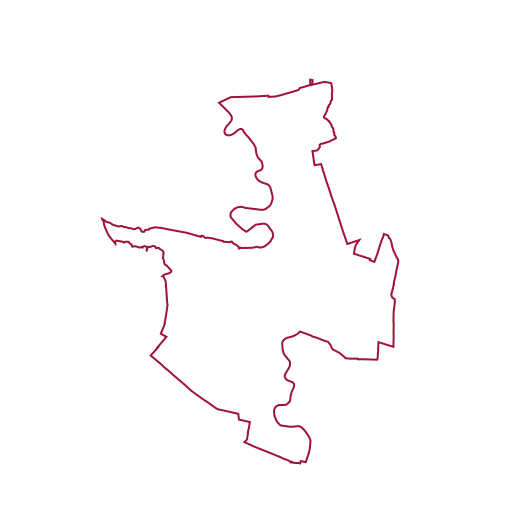 outline of Lespezi, Iasi, Romania, rotated 17°
{"feature_id": "2599482B74644698541677", "entity_name": "Lespezi", "entity_type": "district", "adm_level": 2, "iso_a3": "ROU", "parent_name": "Romania", "parent_adm1": "Iasi", "projection": "orthographic", "projection_center": [26.683, 47.358], "detail": "fine", "context": "isolated", "style": "outline", "palette": "rose", "viewbox_px": 512, "rotation_deg": 17, "n_neighbors": 0, "source": "geoboundaries", "source_scale": "gbopen_adm2", "svg_char_len": 6111}
<svg xmlns="http://www.w3.org/2000/svg" viewBox="0 0 512 512"><g transform="rotate(17 256 256)"><path d="M383.8,207.6L381.5,203.4L379.3,200.5L378.9,200.1L378.1,200.0L377.3,199.3L376.4,197.7L371.9,197.6L371.8,199.0L372.1,200.2L371.7,202.7L371.5,206.2L371.4,210.6L371.4,218.5L370.9,227.0L366.1,226.7L366.1,225.4L348.9,225.2L348.2,218.4L348.2,216.9L348.3,216.2L350.1,210.6L339.8,217.8L330.4,204.8L315.9,183.8L312.3,179.2L306.1,170.3L301.4,163.9L291.4,149.1L285.5,152.0L283.9,148.9L279.3,139.1L282.2,137.9L283.8,136.9L284.4,135.7L285.2,133.0L284.4,131.4L284.6,130.7L285.4,129.7L287.7,128.6L292.7,125.0L297.6,120.5L298.0,119.9L297.8,119.5L297.3,119.2L297.3,118.7L296.7,118.0L295.7,117.5L295.6,117.2L295.3,117.0L295.1,116.6L295.1,115.6L293.7,114.4L293.8,114.0L293.6,113.5L292.4,111.3L290.7,110.2L290.3,109.3L289.8,108.5L288.7,107.5L287.6,106.9L286.8,105.7L286.0,105.8L285.4,105.3L283.5,104.4L281.8,104.2L281.1,103.9L280.5,103.5L280.2,102.7L280.8,100.2L281.1,99.6L281.0,98.5L281.5,96.6L281.5,95.5L281.2,94.1L281.3,92.5L281.9,92.1L281.6,91.6L281.5,90.5L282.3,89.3L282.6,87.9L282.3,87.2L282.2,85.9L282.9,84.7L283.0,84.0L281.2,78.9L280.7,75.7L279.9,74.2L279.8,73.3L279.1,72.2L277.9,69.7L277.5,68.9L276.8,68.7L270.8,69.4L269.6,70.0L259.7,75.8L258.8,71.3L256.3,71.5L257.5,75.5L258.1,76.7L256.5,77.5L252.1,80.5L248.8,82.5L248.8,82.9L248.5,83.8L247.8,85.0L232.7,95.0L227.9,97.8L221.5,100.2L221.0,99.1L209.4,103.4L185.4,111.5L175.9,120.2L189.0,127.2L190.9,128.7L192.3,130.3L192.7,131.7L192.9,133.5L191.8,136.6L190.1,140.1L189.6,142.0L189.2,144.4L189.5,146.4L190.2,147.7L191.3,148.6L193.0,148.9L194.6,148.6L196.0,148.0L198.1,146.4L200.3,143.6L201.4,141.5L202.8,139.9L204.2,138.9L205.4,138.8L206.5,139.3L208.5,141.2L211.2,143.1L214.1,144.7L221.1,149.6L223.9,152.4L226.3,157.8L228.9,161.1L233.6,164.0L235.1,166.1L236.2,168.4L236.3,170.1L235.9,171.8L234.8,173.0L232.6,174.7L231.7,176.0L231.4,177.4L231.9,179.1L233.0,180.7L234.9,182.3L237.7,183.5L241.2,184.0L245.9,184.1L247.0,184.3L248.4,185.2L249.8,186.5L254.3,193.8L255.2,196.5L255.2,200.3L255.0,202.0L254.8,203.3L254.0,204.7L251.5,208.2L249.6,209.6L247.6,210.3L231.7,213.1L227.9,213.1L224.0,214.9L221.5,217.3L219.4,221.3L219.4,223.9L220.5,226.3L228.1,231.1L234.5,234.1L239.6,235.7L241.1,234.0L246.6,226.1L253.9,222.8L255.6,222.6L257.2,222.8L260.0,224.5L261.3,225.8L263.9,227.5L265.1,228.8L266.0,230.7L266.6,232.8L266.6,233.7L266.0,234.9L265.6,237.8L264.6,239.7L261.5,244.3L260.2,245.3L257.7,246.7L253.5,247.1L252.3,248.1L249.0,249.6L239.8,252.6L238.5,252.6L237.8,253.8L237.3,253.8L237.1,252.5L233.7,251.2L230.9,250.7L229.1,249.7L228.6,249.2L227.6,249.7L227.1,250.4L220.7,251.9L220.4,251.4L207.9,252.0L204.1,252.7L203.5,253.2L202.3,253.5L200.8,253.0L200.4,252.5L199.0,252.4L197.6,252.8L197.7,253.8L182.7,254.1L162.4,256.4L157.2,256.8L150.8,258.2L146.0,261.1L145.8,262.2L144.9,262.3L142.2,263.8L142.2,265.2L141.7,265.7L140.9,265.9L139.7,266.1L139.1,265.6L137.2,263.8L135.3,263.2L134.8,263.3L133.4,264.8L132.3,265.6L131.1,266.2L128.0,266.0L126.4,266.6L123.9,266.4L120.7,266.9L119.8,266.6L118.7,266.6L117.9,266.9L116.5,267.7L115.3,268.1L109.5,267.9L107.9,267.3L106.0,267.0L102.6,267.0L100.4,266.0L98.0,265.5L98.7,266.5L99.9,267.1L100.4,267.7L101.3,270.1L103.9,273.6L108.2,278.5L109.0,279.3L112.5,281.8L114.6,283.2L116.6,284.3L117.8,285.2L117.1,283.1L117.9,282.2L119.9,281.8L123.3,281.5L124.6,281.2L125.4,281.8L126.0,281.6L126.8,280.7L127.7,280.3L130.0,279.7L130.6,280.2L132.1,281.1L132.6,281.3L133.6,281.3L135.0,283.3L136.2,282.5L138.2,281.9L142.5,282.0L144.4,280.6L145.0,280.9L145.0,280.1L146.8,279.1L147.6,279.0L148.8,279.3L149.1,279.7L149.7,281.7L149.7,282.7L149.9,282.8L150.1,281.9L149.7,279.7L150.0,278.9L150.3,278.7L151.9,278.5L154.2,276.7L155.0,276.3L156.5,276.4L158.1,277.8L158.3,277.8L158.6,277.2L158.8,277.0L160.9,276.8L161.7,277.4L162.3,277.6L163.2,277.6L165.1,278.2L165.8,278.8L166.7,279.9L166.9,280.4L166.8,281.2L167.4,283.5L167.3,284.7L168.8,286.6L169.7,288.1L170.4,289.7L171.4,290.8L173.5,291.3L179.4,294.8L179.4,296.2L178.3,297.5L177.6,298.1L174.3,300.2L173.2,301.3L172.5,302.5L172.9,302.4L173.4,302.7L176.9,306.4L180.5,315.5L184.3,325.6L185.7,328.6L187.2,338.3L188.4,347.8L188.6,347.8L187.7,358.2L194.0,359.5L188.5,372.1L189.0,372.1L184.4,382.0L196.6,387.1L201.6,389.6L206.3,391.5L213.3,394.7L226.3,400.3L233.5,403.8L246.2,408.2L252.2,409.9L262.3,413.3L264.7,413.7L285.2,412.1L287.5,417.4L298.7,416.6L299.5,423.2L299.8,427.1L300.0,427.1L300.1,427.6L301.0,433.7L300.9,434.5L299.3,437.4L310.2,438.8L338.9,441.3L341.0,441.7L347.0,442.1L348.6,442.6L349.7,443.3L350.0,443.1L349.9,442.8L350.0,442.3L351.1,442.3L351.8,442.9L355.1,442.2L356.5,441.7L358.9,441.4L358.7,439.0L363.8,438.7L364.0,433.2L364.2,430.3L363.9,425.5L362.4,417.8L362.0,416.5L361.6,415.8L359.9,413.7L353.7,408.7L349.5,406.5L347.1,406.2L345.9,406.4L342.1,408.1L338.6,409.3L329.4,410.8L328.1,410.4L324.9,408.6L323.2,406.9L321.2,404.4L320.1,402.9L318.4,398.5L318.5,396.0L318.8,394.9L319.4,393.8L321.5,391.8L326.8,390.2L328.2,389.3L329.3,388.2L330.8,385.3L330.9,384.6L330.8,383.6L330.0,379.3L329.8,375.8L330.5,370.7L330.5,369.6L330.4,368.8L329.7,367.2L328.4,366.3L327.4,366.0L323.2,365.7L321.6,365.4L320.4,364.8L319.5,364.1L318.8,363.1L318.5,362.1L318.5,360.2L320.4,352.6L320.4,351.1L320.0,349.2L319.4,347.4L318.9,346.7L311.8,342.0L310.4,340.3L308.5,336.9L307.1,333.2L306.6,331.7L306.4,330.5L306.6,329.6L306.9,328.6L308.3,326.5L309.2,325.5L314.4,322.2L316.5,320.5L318.5,318.3L319.2,317.2L320.0,315.4L332.5,316.0L333.1,316.5L338.3,316.4L346.4,317.1L350.0,317.0L353.1,319.2L356.4,322.8L364.3,324.3L371.0,327.1L371.3,327.3L371.4,327.6L376.0,326.7L382.9,324.5L383.3,324.5L383.5,325.0L388.7,323.4L401.9,319.8L402.2,319.6L402.3,319.3L402.1,317.7L401.3,314.6L400.6,311.0L400.0,309.3L398.3,302.6L414.0,302.7L412.5,297.7L411.7,294.3L410.0,289.2L408.0,282.2L406.3,277.4L404.3,270.4L403.9,268.7L402.5,260.8L401.9,258.4L401.2,256.7L398.9,256.1L398.2,255.6L397.0,254.0L396.6,253.1L396.5,249.6L396.3,248.3L396.5,247.3L396.2,244.9L396.3,243.2L396.0,243.1L395.6,240.7L395.1,233.5L394.3,226.8L394.0,221.9L393.6,219.1L392.6,217.6L390.6,215.9L385.8,210.5L383.8,207.6Z" fill="none" stroke="#9f1239" stroke-width="2"/></g></svg>